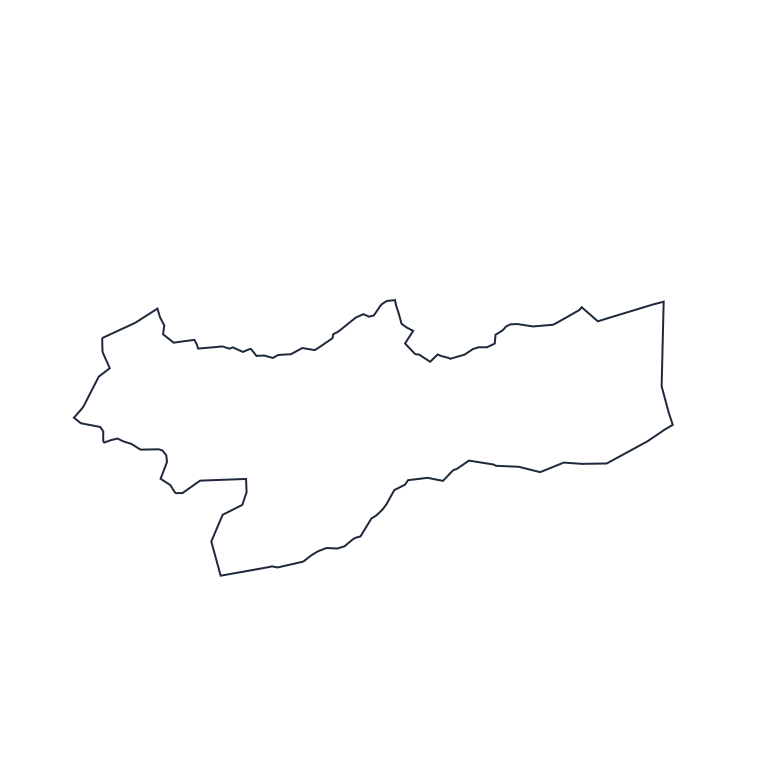 outline of Iseyin, Oyo, Nigeria, rotated 58°
{"feature_id": "59680162B71074793306885", "entity_name": "Iseyin", "entity_type": "district", "adm_level": 2, "iso_a3": "NGA", "parent_name": "Nigeria", "parent_adm1": "Oyo", "projection": "robinson", "projection_center": [3.548, 8.023], "detail": "fine", "context": "isolated", "style": "outline", "palette": "slate", "viewbox_px": 768, "rotation_deg": 58, "n_neighbors": 0, "source": "geoboundaries", "source_scale": "gbopen_adm2", "svg_char_len": 2001}
<svg xmlns="http://www.w3.org/2000/svg" viewBox="0 0 768 768"><g transform="rotate(58 384 384)"><path d="M200.3,562.3L195.8,598.1L196.3,599.0L206.9,605.3L208.9,605.9L225.3,608.2L226.6,622.0L243.9,650.9L244.9,653.6L248.3,664.8L256.6,661.9L270.1,647.4L275.4,647.2L283.5,652.3L285.4,652.3L287.0,645.0L289.1,638.8L294.5,635.5L300.2,630.6L300.9,630.0L310.6,625.3L320.1,609.5L322.9,607.2L329.0,606.4L335.2,609.4L346.0,623.7L356.4,618.8L364.2,618.8L366.2,618.4L369.7,612.7L368.5,591.2L391.4,551.3L403.0,557.9L411.4,568.2L409.4,590.1L426.0,613.9L460.0,624.1L478.8,577.3L479.2,575.7L483.2,571.5L491.7,546.9L491.8,546.3L490.8,536.8L490.8,533.5L490.9,528.5L492.6,519.7L498.8,510.7L500.7,503.5L499.2,492.8L499.4,489.3L500.8,484.8L491.4,466.0L491.4,460.0L489.6,451.5L487.1,445.3L479.4,431.5L480.5,419.5L478.3,414.6L486.6,396.9L497.4,385.3L493.8,371.2L493.8,370.3L494.6,367.6L494.0,352.5L510.4,333.7L512.7,332.4L525.6,313.6L541.5,298.3L545.9,273.2L556.6,258.5L569.4,237.3L572.2,191.0L571.4,169.8L571.7,160.8L558.8,157.6L533.1,149.8L462.4,103.2L459.1,113.8L446.5,160.5L444.2,169.4L423.6,175.7L424.8,179.0L423.7,205.3L423.3,209.4L414.1,227.2L403.7,239.3L400.4,245.2L399.9,249.8L401.4,255.0L401.3,263.3L408.4,268.7L407.4,277.2L403.1,284.1L401.5,289.9L401.8,300.1L397.7,314.5L396.1,315.4L390.3,320.9L387.4,322.8L389.6,333.1L377.7,338.6L375.2,341.7L360.8,344.7L354.4,331.1L348.0,334.9L342.1,337.2L335.6,335.2L330.7,333.8L324.0,332.2L318.7,330.2L318.7,330.3L315.1,337.5L315.1,342.9L315.7,345.5L320.5,356.3L319.0,361.0L313.9,364.4L312.7,372.6L315.2,393.8L315.3,396.1L314.9,400.7L316.4,402.0L317.9,403.5L318.6,421.0L318.5,424.8L318.2,425.2L310.2,434.2L309.6,444.0L309.4,447.3L306.4,452.6L303.3,458.5L303.0,464.5L296.4,470.5L293.7,475.2L292.6,477.3L284.7,478.1L283.8,478.4L283.4,478.9L283.0,480.7L282.0,486.7L272.8,492.8L272.1,496.4L266.6,501.0L255.5,522.8L250.7,521.7L246.1,521.4L241.3,531.9L237.5,540.5L224.7,545.0L217.9,539.3L208.8,538.6L200.0,536.2L200.3,562.3Z" fill="none" stroke="#1e293b" stroke-width="2"/></g></svg>